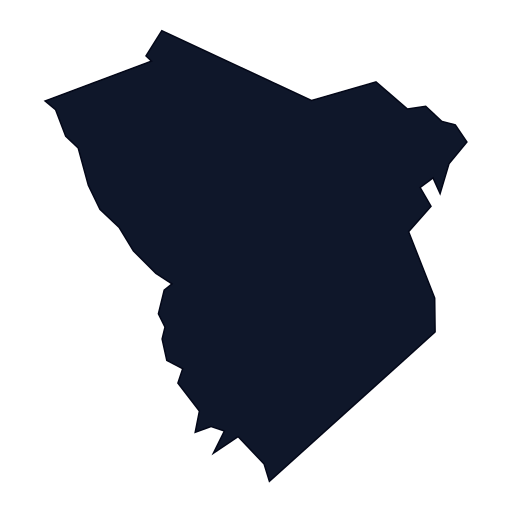 Greene, Georgia, United States of America
{"feature_id": "52423323B20574885687600", "entity_name": "Greene", "entity_type": "district", "adm_level": 2, "iso_a3": "USA", "parent_name": "United States of America", "parent_adm1": "Georgia", "projection": "robinson", "projection_center": [-83.176, 33.558], "detail": "fine", "context": "isolated", "style": "filled", "palette": "ink", "viewbox_px": 512, "rotation_deg": 0, "n_neighbors": 0, "source": "geoboundaries", "source_scale": "gbopen_adm2", "svg_char_len": 663}
<svg xmlns="http://www.w3.org/2000/svg" viewBox="0 0 512 512"><path d="M425.7,106.3L407.4,109.0L376.0,81.9L311.5,100.5L161.8,30.7L146.0,55.9L151.5,61.1L45.1,101.0L55.6,109.7L65.7,136.2L78.2,148.0L88.3,185.2L100.0,209.4L119.1,227.4L133.4,250.9L155.9,273.4L172.0,283.9L164.2,290.1L158.4,313.8L165.0,327.1L162.1,339.0L166.8,360.4L182.7,368.7L177.9,383.1L199.4,411.1L195.2,432.3L211.1,426.5L224.4,431.0L213.4,453.2L238.1,436.6L264.1,464.0L269.4,481.3L409.8,354.8L435.1,331.9L434.7,298.1L408.6,231.7L431.0,206.3L420.1,187.5L433.0,177.9L440.1,193.6L449.0,163.7L466.9,142.0L455.3,124.9L441.8,121.4L425.7,106.3Z" fill="#0f172a" stroke="#020617" stroke-width="1.5"/></svg>